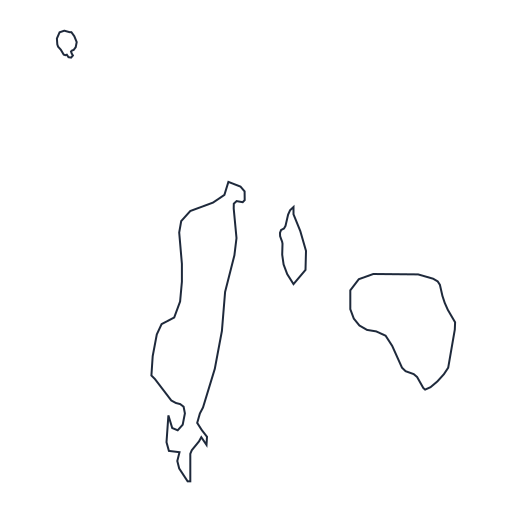 map outline of Romblon (Equal Earth projection)
{"feature_id": "PHL-2535", "entity_name": "Romblon", "entity_type": "Province", "adm_level": 1, "iso_a3": "PHL", "parent_name": "Philippines", "parent_adm1": "", "projection": "equal_earth", "projection_center": [122.144, 12.527], "detail": "fine", "context": "isolated", "style": "outline", "palette": "slate", "viewbox_px": 512, "rotation_deg": 0, "n_neighbors": 0, "source": "natural_earth", "source_scale": "10m", "svg_char_len": 1598}
<svg xmlns="http://www.w3.org/2000/svg" viewBox="0 0 512 512"><path d="M228.4,181.9L240.5,186.6L244.6,191.4L244.7,200.1L242.7,202.2L236.6,201.1L233.8,203.7L233.7,208.5L236.5,238.1L234.4,255.3L225.1,291.9L221.9,331.0L214.8,368.8L203.0,407.5L199.9,413.4L197.2,422.9L201.8,430.1L207.0,436.8L206.5,444.9L201.3,437.2L199.0,441.4L191.8,450.2L190.3,453.8L190.3,481.3L187.6,481.3L179.2,468.5L177.3,461.0L179.5,452.2L168.9,450.9L166.5,442.2L168.4,415.4L172.2,428.0L177.7,430.3L182.7,424.7L184.9,413.4L183.6,406.7L180.2,404.1L175.9,403.0L171.3,400.5L154.9,379.0L151.4,375.5L152.7,356.1L156.8,334.4L161.6,324.1L174.2,317.5L180.1,301.5L181.9,281.7L181.9,263.9L179.2,232.5L181.2,221.1L190.3,211.0L213.0,202.6L224.4,194.9L228.4,181.9ZM455.1,322.3L454.8,329.6L448.2,367.7L443.9,374.2L437.4,381.4L430.5,387.2L425.1,389.6L423.3,388.0L417.1,377.0L413.7,374.1L405.6,371.2L402.0,367.7L392.2,345.9L385.6,335.7L376.2,331.4L367.0,329.9L359.4,325.5L353.8,318.6L350.3,309.2L350.3,290.3L358.8,279.2L373.3,274.0L418.1,274.4L433.1,278.7L437.7,281.4L439.9,284.8L442.4,295.8L444.7,302.8L447.8,309.8L455.1,322.3ZM293.5,214.3L300.3,231.1L306.0,250.9L305.5,269.9L293.5,284.1L287.2,274.1L283.6,264.5L282.2,254.7L282.5,243.7L282.1,241.6L281.1,239.0L280.1,236.1L280.0,232.8L281.1,230.0L284.0,228.5L285.5,225.9L288.1,214.6L290.1,210.2L293.5,207.0L293.5,214.3ZM73.6,50.0L72.2,50.4L71.0,51.5L71.7,53.5L72.9,55.5L71.1,57.6L68.5,57.2L66.8,54.7L65.4,55.2L63.7,54.6L60.8,49.7L58.1,46.7L57.3,44.4L56.9,38.5L59.6,32.3L64.3,30.7L69.7,32.2L71.4,32.2L74.3,36.2L76.7,42.1L75.7,47.2L73.6,50.0Z" fill="none" stroke="#1e293b" stroke-width="2"/></svg>